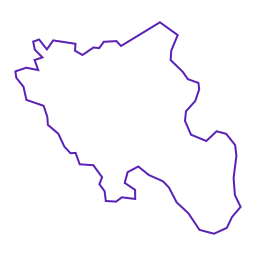 the district of Kanlikul, Karakalpakstan, Uzbekistan
{"feature_id": "79887680B11359237520420", "entity_name": "Kanlikul", "entity_type": "district", "adm_level": 2, "iso_a3": "UZB", "parent_name": "Uzbekistan", "parent_adm1": "Karakalpakstan", "projection": "robinson", "projection_center": [59.048, 42.737], "detail": "fine", "context": "isolated", "style": "outline", "palette": "violet", "viewbox_px": 256, "rotation_deg": 0, "n_neighbors": 0, "source": "geoboundaries", "source_scale": "gbopen_adm2", "svg_char_len": 920}
<svg xmlns="http://www.w3.org/2000/svg" viewBox="0 0 256 256"><path d="M26.4,99.9L43.6,105.8L47.3,116.8L47.9,124.9L58.3,133.7L64.4,146.7L70.5,153.2L75.6,152.9L79.7,164.3L93.3,165.2L102.1,177.2L99.4,184.2L104.6,191.2L105.8,201.0L116.1,201.6L121.9,197.3L135.2,199.0L135.1,189.9L124.7,182.9L127.7,172.1L138.3,166.5L148.8,175.0L163.0,181.3L169.0,187.6L176.6,202.3L188.4,213.3L199.5,229.9L214.0,233.7L226.8,227.9L232.0,217.0L240.6,206.9L234.9,195.1L233.6,178.0L236.4,155.6L235.1,145.0L226.1,133.8L216.6,131.3L206.3,141.0L191.0,134.7L185.0,120.9L186.0,111.2L195.2,101.1L199.2,89.3L198.4,82.9L187.9,79.2L182.7,71.8L170.6,60.0L171.3,50.5L177.7,35.1L159.9,22.3L121.0,46.0L116.4,41.1L103.8,41.8L99.2,48.1L93.5,47.5L82.4,55.0L75.0,50.7L75.5,43.8L53.2,40.4L46.9,49.4L39.1,39.5L33.2,41.6L34.8,49.6L42.4,57.4L34.6,60.0L38.2,70.1L26.3,67.7L15.4,71.4L16.3,77.8L23.5,86.8L26.4,99.9Z" fill="none" stroke="#5b21b6" stroke-width="2"/></svg>